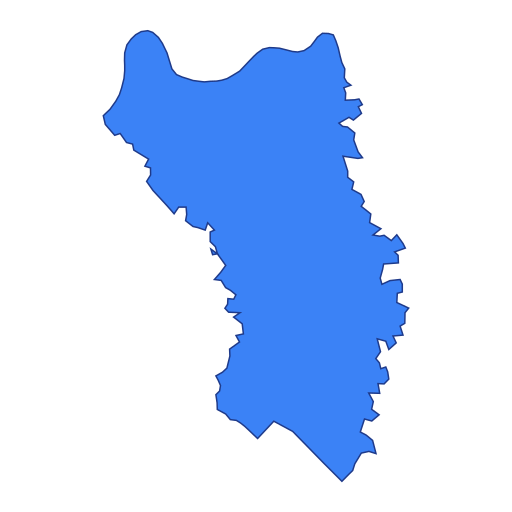 outline of Erval Grande, Rio Grande do Sul, Brazil
{"feature_id": "56859067B56856517935555", "entity_name": "Erval Grande", "entity_type": "district", "adm_level": 2, "iso_a3": "BRA", "parent_name": "Brazil", "parent_adm1": "Rio Grande do Sul", "projection": "mercator", "projection_center": [-52.58, -27.365], "detail": "fine", "context": "isolated", "style": "filled", "palette": "blue", "viewbox_px": 512, "rotation_deg": 0, "n_neighbors": 0, "source": "geoboundaries", "source_scale": "gbopen_adm2", "svg_char_len": 2676}
<svg xmlns="http://www.w3.org/2000/svg" viewBox="0 0 512 512"><path d="M103.3,115.7L105.3,124.4L114.7,135.3L120.2,133.5L126.5,142.5L132.6,144.1L133.8,150.1L148.6,159.1L144.9,166.2L150.5,167.9L150.6,175.0L146.6,181.4L153.0,190.5L167.2,205.9L174.1,213.8L178.7,207.1L186.1,207.1L186.7,214.5L185.6,220.7L193.0,226.5L197.9,227.6L205.2,230.1L207.7,222.8L214.4,230.1L210.2,232.0L210.2,241.6L215.4,246.7L217.4,253.8L225.7,265.4L220.7,272.3L214.4,279.5L221.2,280.4L225.6,287.6L230.4,290.3L235.9,294.8L233.7,299.2L227.9,298.6L227.6,304.2L224.9,308.3L228.6,312.2L240.0,312.7L233.6,317.1L242.2,323.8L243.4,333.9L236.0,335.5L239.5,342.0L229.6,349.1L229.9,356.0L226.9,368.1L222.5,372.2L215.9,375.9L218.2,380.2L220.5,385.5L219.6,391.0L215.9,394.7L217.1,402.8L217.3,409.5L225.7,414.0L230.3,419.6L236.4,420.4L240.4,422.9L244.6,426.2L248.8,430.1L253.9,435.0L257.6,438.5L273.8,421.2L292.7,431.4L323.9,463.3L341.9,481.3L348.7,474.4L352.7,470.5L354.8,463.8L361.3,453.1L368.9,451.4L376.0,453.6L372.6,440.4L366.2,435.1L360.3,432.0L364.5,419.0L371.8,421.0L379.1,414.8L371.6,409.3L373.3,401.6L368.7,393.0L379.7,393.3L378.0,383.6L384.1,383.9L388.8,379.1L387.7,371.9L385.8,367.0L380.8,368.7L379.4,362.9L375.8,358.6L380.5,351.7L377.2,338.8L385.8,341.2L388.8,349.5L396.2,342.9L393.0,336.0L403.0,335.1L400.1,326.1L404.8,323.3L405.0,312.7L408.7,308.1L396.8,302.5L397.3,293.3L402.3,292.0L402.3,284.1L400.1,279.5L390.0,280.6L381.9,284.3L380.2,278.1L382.6,269.4L383.6,264.0L398.4,262.9L398.1,255.3L394.6,251.9L405.3,248.1L403.0,243.5L396.8,234.8L391.3,240.6L384.1,235.3L379.7,236.2L373.0,235.0L380.9,228.7L369.6,222.6L370.8,214.0L361.2,206.3L364.2,201.5L361.0,194.4L351.9,189.4L353.7,181.9L347.7,177.3L347.7,171.1L343.0,156.2L357.9,158.4L362.5,157.7L358.1,151.9L353.7,139.9L354.8,133.0L347.5,127.0L342.6,126.4L338.9,123.1L349.0,117.3L353.4,120.1L361.5,113.4L358.3,106.7L362.3,104.6L359.0,99.0L354.6,99.8L345.3,100.2L345.7,92.9L343.8,87.7L350.9,85.2L346.8,82.2L344.3,77.8L344.8,68.9L341.8,62.5L340.1,56.1L338.2,47.8L335.8,40.7L333.3,34.9L328.4,33.5L322.5,33.3L317.5,37.1L314.3,41.5L310.7,46.2L304.1,50.6L297.7,52.0L292.5,51.5L286.3,49.9L279.5,48.2L274.3,47.8L269.4,47.6L262.7,49.2L257.1,53.2L253.7,56.4L248.8,61.5L243.9,66.7L239.7,71.1L232.5,75.5L227.1,78.6L221.8,80.2L216.6,81.1L210.4,81.3L204.3,81.9L199.1,81.3L193.0,80.5L187.8,78.8L182.3,77.1L176.5,74.6L171.9,68.9L169.1,59.8L167.0,52.9L164.7,48.2L162.4,43.4L158.4,37.4L152.7,32.4L147.8,30.7L141.2,31.6L135.7,34.7L131.2,39.0L126.9,44.9L124.7,52.9L124.5,60.3L124.7,65.4L124.7,70.8L124.0,78.5L121.6,88.0L119.4,94.7L115.8,101.2L110.0,109.3L103.3,115.7ZM217.4,253.8L210.9,249.1L212.6,254.7L217.4,253.8Z" fill="#3b82f6" stroke="#1e3a8a" stroke-width="1.5"/></svg>